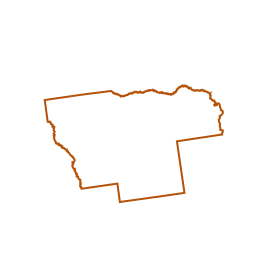 Zapala, Neuquén, Argentina, rotated 36°
{"feature_id": "61730980B1496247249680", "entity_name": "Zapala", "entity_type": "district", "adm_level": 2, "iso_a3": "ARG", "parent_name": "Argentina", "parent_adm1": "Neuquén", "projection": "albers", "projection_center": [-69.903, -38.894], "detail": "fine", "context": "isolated", "style": "outline", "palette": "amber", "viewbox_px": 256, "rotation_deg": 36, "n_neighbors": 0, "source": "geoboundaries", "source_scale": "gbopen_adm2", "svg_char_len": 5682}
<svg xmlns="http://www.w3.org/2000/svg" viewBox="0 0 256 256"><g transform="rotate(36 128 128)"><path d="M126.3,204.3L152.1,179.2L164.9,192.6L199.1,159.7L211.8,147.3L175.4,110.0L207.9,78.0L207.5,77.8L207.2,77.5L207.1,75.7L206.3,74.4L205.7,74.2L204.7,75.1L203.6,75.2L202.8,73.7L200.8,72.3L200.1,70.5L199.8,70.3L198.4,69.9L196.7,68.0L196.5,67.6L196.6,66.5L196.2,65.5L195.9,65.1L195.2,64.7L195.1,64.3L195.3,63.8L195.8,63.2L196.0,62.5L196.0,61.6L195.8,59.8L195.1,59.3L194.7,58.7L194.3,58.5L193.2,58.9L192.6,58.8L191.2,57.5L190.2,57.1L189.2,55.9L188.4,55.4L188.2,55.1L187.3,54.8L186.6,54.9L186.4,55.1L186.2,55.6L186.0,55.8L186.4,56.9L186.3,57.4L185.1,58.8L184.9,58.9L184.4,58.9L184.1,58.5L184.1,58.0L184.6,57.1L184.7,56.4L184.6,56.2L183.7,55.9L182.9,56.1L182.2,55.3L181.7,55.1L181.2,55.3L180.4,56.1L179.8,56.1L179.3,55.7L178.4,55.5L177.2,55.9L176.9,55.8L176.5,55.1L176.1,53.4L175.5,53.3L175.2,52.8L174.6,52.9L174.3,52.6L174.1,51.7L174.0,51.9L174.0,52.4L173.7,52.2L173.5,51.9L172.8,52.0L172.5,51.9L172.1,52.0L171.9,52.3L171.5,52.2L171.2,52.4L170.8,52.2L170.4,52.5L169.4,52.6L168.8,53.1L168.6,52.8L168.3,52.8L168.2,53.2L167.6,53.1L167.2,53.6L166.9,53.2L166.4,53.5L165.6,53.4L164.7,54.4L164.9,54.5L164.9,55.0L164.5,55.2L164.4,55.6L164.0,55.7L163.5,56.3L162.5,56.3L161.9,56.5L161.8,57.0L161.5,57.4L160.8,57.5L160.6,57.8L160.1,57.9L160.0,58.0L160.1,58.5L159.8,58.5L159.6,58.9L159.0,58.9L158.5,59.3L158.0,59.2L157.0,59.6L156.1,59.0L155.9,59.2L155.5,59.1L155.1,59.4L154.9,59.0L154.6,59.4L154.1,59.3L153.8,59.5L153.7,60.0L153.1,59.6L152.8,60.1L152.3,60.2L152.0,60.1L151.5,59.7L151.2,59.8L150.8,59.5L150.3,59.8L150.1,60.1L149.7,60.1L149.9,60.5L149.4,60.7L149.0,61.3L148.5,61.5L148.1,61.2L147.9,61.4L148.0,61.7L147.3,61.6L147.3,62.3L146.5,62.5L146.4,63.4L146.5,63.8L146.3,64.0L146.2,64.4L145.5,64.7L145.6,65.2L145.3,65.4L145.5,65.9L145.3,66.2L145.4,66.6L145.0,67.1L145.0,67.5L145.2,68.2L144.9,68.4L145.1,68.8L145.5,69.1L145.2,70.1L145.3,70.6L144.9,71.1L145.4,71.2L145.1,71.8L145.1,72.1L144.6,72.3L144.8,72.8L144.2,73.4L144.4,73.8L143.9,74.0L144.1,74.4L144.1,74.5L143.2,75.1L142.8,75.6L143.2,75.8L143.2,76.0L142.3,76.1L142.0,75.8L141.4,76.3L140.9,76.3L140.5,76.5L140.5,77.1L139.9,77.0L139.6,77.2L139.0,77.1L138.9,77.3L138.9,77.6L138.2,77.5L138.1,77.8L138.3,77.9L138.2,78.1L136.5,78.7L136.4,79.1L136.1,79.3L135.9,79.4L135.4,79.0L135.1,79.3L135.0,79.0L134.8,79.0L134.5,79.5L134.0,79.3L133.9,79.6L134.0,80.2L133.7,80.4L133.4,80.4L133.2,80.9L132.8,80.8L132.5,81.1L132.1,81.0L131.1,81.6L130.9,81.9L130.0,82.0L129.7,81.6L128.6,81.8L128.4,82.1L127.6,81.9L127.3,82.2L127.9,82.5L127.6,82.9L127.3,82.9L127.2,82.6L126.6,82.3L126.3,82.7L125.7,82.5L125.5,83.0L125.2,82.9L124.8,83.7L123.6,84.3L123.5,84.6L123.7,84.9L123.6,85.1L123.4,85.1L122.8,84.9L122.3,85.7L122.5,86.0L122.4,86.1L121.7,86.2L121.6,87.0L120.8,87.6L120.9,88.1L120.3,88.4L119.9,89.2L120.0,89.9L119.7,90.5L119.3,90.4L119.1,91.0L118.5,91.4L118.2,91.2L117.5,91.6L117.4,91.3L117.1,91.4L117.0,91.7L116.8,91.8L116.4,91.5L116.1,92.0L116.5,92.2L116.4,92.6L116.0,92.7L115.5,93.4L115.1,93.5L114.9,93.9L113.9,93.5L113.4,94.1L112.7,94.5L112.5,95.0L111.9,95.0L112.0,95.5L111.8,95.8L111.8,96.2L111.3,96.5L111.1,97.0L111.1,97.4L110.8,97.2L110.3,97.5L110.2,98.0L109.8,98.1L109.5,98.5L109.4,99.3L108.6,99.6L108.7,99.9L108.6,100.4L108.2,100.8L108.3,101.6L107.3,102.3L106.9,102.8L106.9,103.2L106.4,103.5L106.4,104.2L105.8,104.9L105.4,105.2L104.9,105.0L104.4,105.5L104.4,105.9L103.8,106.0L103.6,106.8L103.3,106.8L103.0,106.4L102.8,106.5L102.2,106.3L101.7,106.6L101.0,106.6L100.7,106.8L100.3,106.6L100.0,107.0L99.4,107.0L99.0,107.4L98.7,107.3L98.4,107.0L97.6,108.0L96.7,107.8L96.6,108.2L95.9,108.4L95.1,108.4L94.8,108.0L94.5,108.1L94.1,107.9L93.1,107.9L92.9,108.1L92.4,108.1L70.1,129.1L44.2,154.3L59.4,170.2L59.7,170.0L60.3,169.8L60.5,169.2L60.9,169.2L61.3,168.7L61.9,168.9L62.1,169.3L62.6,169.4L62.8,169.7L63.5,169.7L63.6,170.0L64.0,170.0L64.3,169.8L64.9,170.2L65.4,169.8L65.6,170.0L65.4,170.3L65.5,170.5L65.9,170.3L66.5,170.5L66.1,170.9L66.2,171.2L67.0,170.8L66.9,171.2L67.3,171.5L67.6,170.8L67.9,170.8L68.1,171.1L68.0,171.7L68.5,172.0L68.7,172.5L68.7,172.8L69.1,173.1L69.2,173.6L69.8,173.9L70.6,173.9L71.0,174.4L71.2,176.2L71.6,176.4L71.5,176.6L71.7,176.8L72.1,176.9L72.4,176.8L72.3,177.3L72.8,177.3L73.1,177.5L72.9,178.0L73.6,178.7L73.5,179.1L73.8,179.5L74.3,179.6L75.1,180.5L76.7,181.3L77.2,181.7L77.8,181.7L78.4,182.2L78.5,182.6L79.1,182.8L79.4,182.7L79.8,182.1L80.7,182.1L81.2,181.4L81.4,181.6L81.6,182.4L82.0,182.5L82.5,181.7L82.8,181.7L83.1,182.1L83.8,181.7L83.9,181.4L84.4,181.4L84.6,181.7L84.9,181.4L85.4,181.3L85.5,181.7L86.2,182.1L85.9,182.4L86.0,182.7L87.0,182.5L87.5,182.0L88.0,181.8L89.1,182.3L89.5,182.0L90.8,181.7L91.2,181.4L91.9,181.9L91.6,182.3L91.8,182.6L92.1,182.6L92.7,182.1L93.0,182.3L93.0,182.7L93.1,182.8L93.6,182.6L94.2,182.9L94.6,182.7L95.2,182.8L96.0,183.3L97.3,183.8L97.7,183.6L99.0,183.7L99.3,184.0L99.9,183.7L100.2,183.7L100.8,184.3L101.5,184.2L101.8,184.6L102.6,184.7L103.6,185.2L104.0,185.8L104.1,186.8L104.0,187.4L103.4,188.0L104.5,188.4L104.5,188.9L104.0,189.4L105.0,189.9L105.0,191.2L105.5,191.4L106.5,192.3L107.2,192.6L108.2,192.7L108.7,192.4L108.7,192.7L108.9,192.8L108.8,193.0L108.9,193.3L109.1,193.5L109.8,193.2L109.9,193.6L110.4,193.7L110.8,194.4L112.5,195.0L112.7,195.3L113.1,195.0L113.3,195.0L113.7,196.0L114.4,196.0L115.0,197.4L115.5,197.2L115.7,196.7L116.1,196.7L117.2,197.7L118.0,197.9L118.3,198.2L118.9,198.3L119.4,198.0L119.9,198.0L120.0,198.2L120.5,198.6L120.5,198.9L120.9,199.4L121.2,199.8L121.6,199.9L121.5,200.3L121.9,200.9L122.1,201.1L122.4,200.8L122.9,201.3L123.0,201.8L122.9,202.3L123.3,203.1L124.1,203.3L124.9,203.3L125.0,204.0L125.9,203.8L126.3,204.3Z" fill="none" stroke="#b45309" stroke-width="2"/></g></svg>